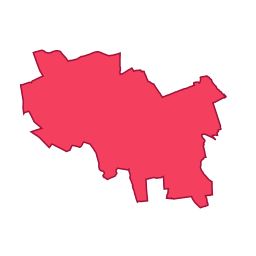 the district of Ciocani, Vaslui, Romania, rotated 172°
{"feature_id": "2599482B54838124288595", "entity_name": "Ciocani", "entity_type": "district", "adm_level": 2, "iso_a3": "ROU", "parent_name": "Romania", "parent_adm1": "Vaslui", "projection": "natural_earth1", "projection_center": [27.58, 46.249], "detail": "fine", "context": "isolated", "style": "filled", "palette": "rose", "viewbox_px": 256, "rotation_deg": 172, "n_neighbors": 0, "source": "geoboundaries", "source_scale": "gbopen_adm2", "svg_char_len": 5606}
<svg xmlns="http://www.w3.org/2000/svg" viewBox="0 0 256 256"><g transform="rotate(172 128 128)"><path d="M125.4,203.3L128.5,202.6L130.0,202.6L132.6,202.2L137.3,202.3L138.2,202.9L141.2,204.5L144.3,206.4L146.8,207.6L148.1,207.8L149.5,207.8L151.5,207.5L156.1,206.3L157.9,206.0L161.8,205.3L164.2,205.3L166.6,204.4L168.7,203.4L173.7,202.8L176.1,202.9L177.9,202.4L179.6,205.6L180.5,207.1L182.7,210.3L183.9,212.4L184.2,213.1L184.5,213.3L185.8,213.9L187.6,214.4L188.6,214.5L191.1,214.2L192.6,213.9L194.4,213.3L196.0,213.4L198.7,214.1L199.6,215.2L200.2,215.7L202.1,216.9L202.6,217.0L209.0,216.2L211.3,215.8L209.1,205.0L207.3,197.1L205.4,192.5L205.0,191.2L208.5,190.3L214.3,188.4L216.1,187.9L217.0,187.1L217.4,186.4L217.6,186.3L217.8,186.4L218.4,186.8L218.8,186.9L219.6,186.9L226.3,185.6L228.3,185.6L228.4,184.0L228.2,181.0L228.3,180.4L228.1,179.7L228.1,179.2L228.2,176.5L228.0,174.2L228.1,171.5L227.8,170.7L228.5,165.8L229.1,163.3L229.2,159.4L229.2,156.7L228.6,157.4L227.9,157.7L223.9,158.4L222.5,154.8L220.0,147.1L213.4,139.7L219.3,138.7L224.5,137.7L217.2,131.2L208.7,119.6L207.4,120.8L205.8,122.6L205.2,122.5L204.2,121.9L202.4,120.5L196.1,116.2L192.5,113.5L192.1,113.3L188.6,114.2L186.0,118.2L185.6,118.5L184.5,118.2L180.7,116.7L178.6,115.7L178.2,115.7L177.1,116.3L176.6,116.7L174.2,120.0L173.9,120.2L173.6,120.2L167.9,117.4L167.3,116.4L164.8,111.7L164.2,110.1L163.3,108.4L163.1,108.2L162.5,102.8L162.2,101.1L161.8,97.2L161.7,96.2L162.2,94.5L162.2,93.8L162.2,92.4L162.0,92.1L162.1,91.7L162.0,90.9L160.7,89.4L160.2,89.2L158.9,88.7L158.2,88.4L157.7,86.7L157.7,86.3L158.5,85.5L159.5,84.2L158.9,82.7L158.5,82.2L158.4,82.2L158.3,82.3L158.3,82.5L158.2,82.5L157.6,82.0L155.7,79.9L155.4,79.9L153.1,80.8L147.9,82.0L147.0,82.7L146.4,83.5L145.5,84.5L145.4,84.8L145.4,85.1L145.5,85.7L146.0,86.7L145.9,87.4L145.2,88.4L144.1,89.5L143.9,89.6L137.8,87.7L135.9,87.2L134.1,86.5L133.8,86.5L133.4,86.6L132.9,87.0L133.0,85.1L132.9,84.4L132.4,82.2L132.4,81.5L132.4,80.2L132.7,79.7L133.1,78.6L133.0,77.9L132.8,77.0L132.5,76.3L132.4,75.9L132.2,75.4L132.2,74.9L132.0,74.2L132.1,73.8L131.6,72.5L131.5,72.1L131.5,71.7L131.2,70.8L131.4,70.7L131.5,70.0L131.6,69.8L131.3,67.6L131.5,67.4L131.1,66.5L130.6,64.5L130.6,63.5L130.4,61.4L130.3,60.7L129.9,58.7L129.8,57.0L129.3,54.8L129.3,54.3L129.0,53.4L128.5,53.7L127.5,53.8L124.5,53.3L121.2,53.3L118.8,53.1L118.6,57.7L118.2,65.3L117.3,74.9L116.6,74.9L115.5,74.7L115.1,75.0L114.5,74.9L113.9,75.1L113.7,75.0L112.8,75.0L112.4,75.1L112.0,75.3L111.6,75.2L111.3,75.3L109.9,75.3L109.3,75.4L109.0,75.4L107.6,74.6L106.5,74.4L105.8,74.3L105.4,74.5L103.8,74.3L102.9,74.4L102.6,74.2L102.3,74.2L101.5,74.6L101.1,74.6L99.7,75.1L99.8,72.6L100.3,67.9L100.7,62.5L99.0,62.5L97.2,62.3L96.5,62.3L96.8,61.5L97.2,59.3L97.6,57.8L97.7,57.4L98.5,56.7L99.6,53.1L94.4,51.9L94.3,52.3L94.0,51.9L93.0,51.7L92.8,51.4L74.6,51.3L74.1,49.1L73.3,47.3L71.9,44.6L68.1,39.7L67.4,39.0L63.7,39.7L62.2,39.7L60.6,40.2L59.7,40.3L59.5,41.0L59.5,42.0L59.6,42.7L59.9,42.7L59.9,44.0L59.9,45.7L59.9,46.9L60.2,48.3L60.7,50.2L57.6,50.1L56.3,49.9L55.6,50.0L55.0,50.3L53.7,50.1L53.2,56.4L52.3,63.2L53.3,63.9L55.1,65.6L58.1,70.2L59.7,72.3L60.1,73.9L60.7,74.8L61.1,75.7L61.5,77.3L61.7,78.2L61.7,79.2L61.6,79.7L61.1,80.7L61.0,81.5L60.9,82.0L61.0,82.5L60.6,83.2L60.7,83.5L60.6,84.3L60.7,84.5L59.6,85.5L59.1,86.3L57.5,87.0L57.4,87.4L57.2,87.6L56.4,88.2L55.0,88.3L55.3,88.7L55.2,89.3L55.2,90.1L55.3,90.5L55.5,96.4L55.8,96.8L55.8,97.5L55.7,99.0L55.9,99.9L55.4,100.6L55.4,101.2L55.0,101.2L54.9,101.5L55.3,102.3L55.1,102.9L54.6,103.2L53.9,103.9L53.8,104.1L53.7,104.7L54.0,106.1L54.5,106.5L55.1,107.4L55.3,107.8L55.8,109.0L56.0,110.1L55.9,110.7L55.9,110.9L55.4,111.2L54.2,111.3L52.9,111.3L46.3,107.1L45.0,106.2L42.9,104.0L43.2,104.8L45.3,107.8L45.7,108.4L45.7,108.6L45.4,108.9L43.1,108.9L42.0,108.8L41.4,108.6L40.8,108.2L40.3,108.4L40.5,109.1L40.5,110.5L40.4,111.2L39.1,111.9L39.0,112.2L39.0,113.4L38.8,113.6L36.9,113.6L36.2,113.9L36.1,114.1L36.2,114.7L36.5,115.5L36.4,116.6L36.2,116.9L36.1,117.0L36.6,119.7L40.4,141.1L38.2,141.5L31.5,143.9L28.9,144.7L28.5,144.4L27.3,144.8L27.5,145.0L27.6,145.3L27.2,145.4L27.2,145.7L26.8,145.8L27.1,146.2L27.7,146.4L28.5,146.7L28.5,146.8L28.4,147.0L27.8,147.3L28.3,147.9L28.5,148.2L29.0,148.2L29.8,148.6L30.1,149.0L30.3,150.1L30.9,150.5L31.0,150.7L30.9,150.9L31.6,151.4L31.7,151.6L32.2,151.9L32.8,153.2L33.8,153.9L34.4,154.8L34.9,156.4L34.9,156.7L35.1,157.1L35.4,157.2L36.5,158.8L38.0,161.1L38.5,163.0L38.5,163.8L38.8,164.4L40.2,165.8L40.6,166.8L41.1,167.3L41.8,167.6L42.5,168.4L42.9,168.6L44.9,168.4L48.8,168.3L49.4,168.3L49.6,168.5L49.3,167.6L49.3,166.6L49.8,164.5L50.2,163.7L50.3,163.4L51.2,162.8L51.2,163.2L52.7,163.8L54.7,163.9L56.5,163.7L56.7,163.2L56.7,162.0L56.5,161.7L56.4,161.0L57.0,161.0L57.9,160.8L62.7,159.7L63.0,159.5L63.9,159.3L65.8,159.0L66.9,159.0L67.8,158.7L68.5,158.7L68.5,158.4L69.0,158.3L70.5,158.2L71.9,157.9L72.2,157.7L73.4,157.5L75.0,157.0L75.4,157.1L77.4,156.7L78.5,156.1L80.1,156.0L81.1,155.6L82.3,155.3L83.7,155.1L89.6,153.7L90.0,154.2L90.0,154.5L90.5,155.4L91.3,157.4L92.4,159.4L93.5,161.6L94.5,163.5L96.5,168.0L96.8,168.0L97.2,168.1L97.4,168.4L97.8,168.7L98.1,168.7L98.9,169.5L99.3,170.0L99.6,170.1L100.6,171.0L101.5,171.2L101.7,171.5L102.0,173.0L102.3,173.5L103.1,177.4L103.7,178.9L104.2,181.7L105.1,181.8L105.4,182.2L106.8,181.9L107.3,183.4L107.6,183.6L107.9,183.7L108.5,183.7L109.4,183.6L110.6,183.8L113.0,183.8L114.4,183.5L115.8,186.8L116.6,186.6L117.9,185.9L119.0,185.6L124.8,182.9L127.3,182.3L128.2,182.2L128.3,183.5L128.1,185.3L127.5,185.9L127.2,189.1L127.2,189.5L127.4,190.0L127.3,190.9L126.3,197.9L125.6,201.7L125.4,203.3Z" fill="#f43f5e" stroke="#9f1239" stroke-width="1.5"/></g></svg>